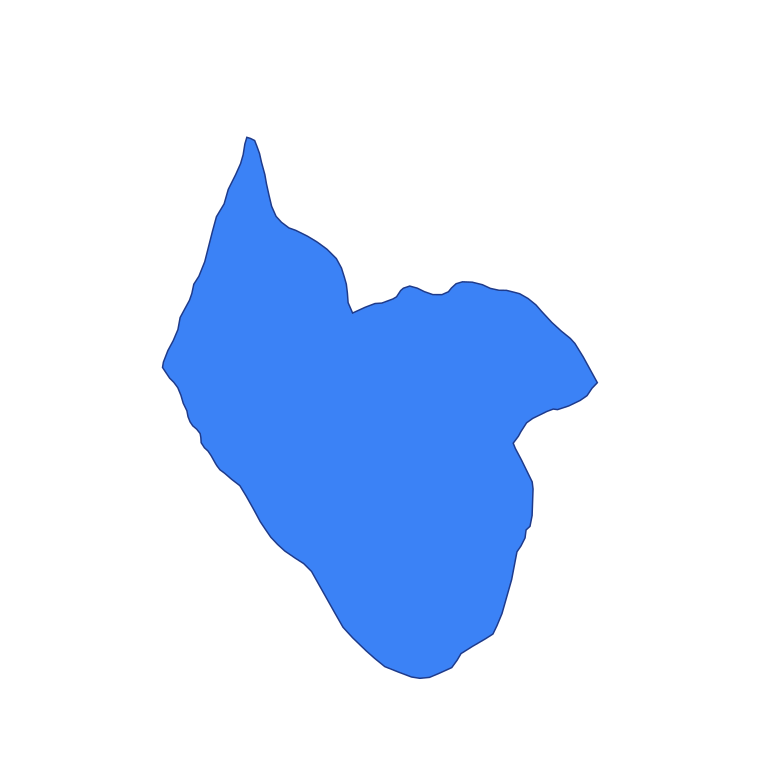 the district of Mvoung, Ogooué-Ivindo, Gabon, rotated 332°
{"feature_id": "22940354B15845982668686", "entity_name": "Mvoung", "entity_type": "district", "adm_level": 2, "iso_a3": "GAB", "parent_name": "Gabon", "parent_adm1": "Ogooué-Ivindo", "projection": "equal_earth", "projection_center": [12.149, 0.446], "detail": "fine", "context": "isolated", "style": "filled", "palette": "blue", "viewbox_px": 768, "rotation_deg": 332, "n_neighbors": 0, "source": "geoboundaries", "source_scale": "gbopen_adm2", "svg_char_len": 2019}
<svg xmlns="http://www.w3.org/2000/svg" viewBox="0 0 768 768"><g transform="rotate(332 384 384)"><path d="M378.7,101.8L373.8,106.8L367.3,115.4L360.8,122.1L351.3,129.5L337.9,139.0L327.4,149.9L320.4,154.1L314.6,157.6L303.9,169.0L283.1,191.9L271.1,202.0L262.9,206.6L256.8,213.9L251.5,218.8L243.3,224.2L235.2,229.6L227.6,239.2L218.2,246.8L208.9,253.0L199.5,261.1L196.2,265.4L196.6,269.6L197.5,278.3L199.2,283.8L200.2,290.4L199.4,298.6L197.7,306.7L197.4,315.1L195.6,320.9L195.0,326.4L195.5,331.2L197.4,335.9L198.4,341.4L197.1,345.4L195.0,350.0L195.5,356.0L197.1,360.5L197.7,366.0L197.9,375.3L198.1,378.0L198.9,382.8L201.3,387.8L204.7,396.6L209.0,406.1L209.7,418.3L210.0,431.1L210.1,440.3L210.1,447.4L211.0,456.3L212.1,466.1L214.7,475.6L218.0,484.9L223.9,496.2L228.8,504.9L232.0,515.4L233.1,562.8L233.6,579.6L237.2,593.5L243.0,611.3L246.9,621.8L252.0,633.9L261.3,644.9L270.7,655.6L277.5,660.7L286.4,664.4L297.6,665.4L310.7,666.2L318.9,662.2L325.4,658.2L338.9,657.2L354.0,656.6L362.8,655.9L370.3,650.4L380.4,642.1L404.9,616.6L422.6,594.6L428.9,591.3L436.3,586.1L440.9,579.6L446.1,578.2L453.0,569.7L466.3,546.7L468.9,540.0L469.7,515.7L469.7,502.6L470.3,496.9L478.2,493.2L482.4,490.4L491.7,485.2L499.2,484.2L514.9,484.7L521.7,485.6L525.2,488.1L536.8,490.1L549.5,490.6L557.8,489.6L565.7,485.4L573.0,483.0L572.6,453.5L571.6,437.9L569.9,431.2L565.4,420.6L561.1,408.5L557.1,393.3L555.3,385.5L551.3,376.1L546.2,368.0L542.1,364.2L536.1,358.8L529.5,355.2L522.8,349.5L517.5,342.5L509.7,335.5L501.2,330.6L494.7,329.3L488.6,330.9L484.2,332.8L477.1,332.3L469.1,328.0L463.0,321.4L458.4,315.0L452.7,309.6L446.1,308.5L442.6,309.3L436.0,312.9L431.8,313.1L420.0,311.5L413.8,308.7L403.4,307.4L389.6,306.6L390.5,295.3L394.3,286.7L397.6,278.2L399.1,271.3L400.9,261.7L400.8,250.9L396.9,238.2L391.7,227.4L385.8,217.5L378.2,206.9L373.3,201.5L369.4,193.1L367.4,185.3L368.2,174.3L371.2,162.9L374.2,152.1L377.1,143.2L379.9,130.8L382.3,122.1L383.4,114.3L384.1,108.3L381.4,104.5L378.7,101.8Z" fill="#3b82f6" stroke="#1e3a8a" stroke-width="1.5"/></g></svg>